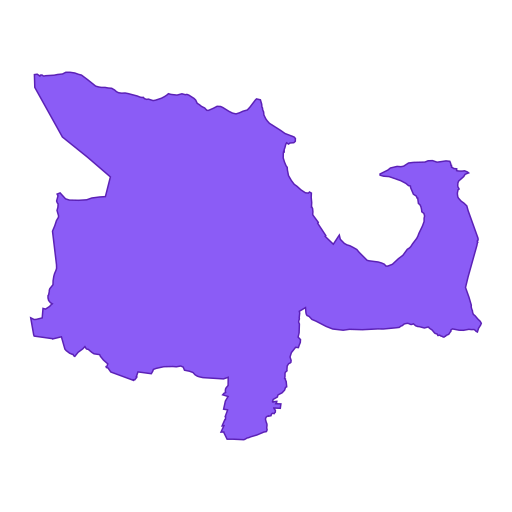 Cojumatlán de Régules, Michoacán, Mexico (Robinson projection)
{"feature_id": "50627088B52611553865920", "entity_name": "Cojumatlán de Régules", "entity_type": "district", "adm_level": 2, "iso_a3": "MEX", "parent_name": "Mexico", "parent_adm1": "Michoacán", "projection": "robinson", "projection_center": [-102.864, 20.109], "detail": "fine", "context": "isolated", "style": "filled", "palette": "violet", "viewbox_px": 512, "rotation_deg": 0, "n_neighbors": 0, "source": "geoboundaries", "source_scale": "gbopen_adm2", "svg_char_len": 5991}
<svg xmlns="http://www.w3.org/2000/svg" viewBox="0 0 512 512"><path d="M34.4,74.6L34.8,87.4L62.4,137.0L87.5,157.2L110.4,176.9L105.4,196.6L99.4,197.0L91.8,198.0L86.7,199.8L78.7,200.3L69.4,200.1L65.5,198.8L60.1,192.9L57.1,194.1L58.0,195.9L56.6,201.0L57.2,202.7L58.1,204.0L57.9,207.3L57.0,210.4L58.5,215.6L58.5,217.2L56.5,220.5L54.8,225.7L52.5,231.2L56.5,264.7L56.6,268.2L56.0,270.3L54.6,273.5L53.8,276.3L53.1,280.7L53.0,284.7L49.8,288.7L49.3,290.2L49.3,291.3L48.9,293.4L48.6,294.8L48.0,295.7L48.0,298.2L48.4,298.9L48.3,299.2L48.6,300.4L50.4,302.7L52.3,303.8L50.4,305.4L49.8,306.3L45.5,309.1L43.0,308.4L42.2,317.9L36.2,319.4L34.1,319.5L30.7,317.8L33.7,334.9L34.2,336.1L52.8,338.7L52.8,338.9L61.4,336.8L64.9,349.1L66.2,350.6L69.6,353.2L72.2,354.3L72.9,354.3L74.0,356.0L74.8,356.4L78.1,352.3L82.7,348.9L84.9,346.6L86.3,348.8L87.1,349.2L88.2,349.3L91.7,352.3L94.0,353.8L99.5,354.6L100.0,355.2L100.3,356.2L103.4,360.0L107.8,363.9L106.5,367.3L106.3,367.2L106.4,367.5L108.0,368.0L110.8,372.0L133.3,380.3L133.3,379.7L134.7,379.9L136.8,377.2L136.8,376.4L136.4,376.4L138.0,371.9L151.3,373.7L152.7,371.3L153.4,369.4L156.1,368.4L163.8,366.7L172.8,366.5L176.4,366.8L180.7,366.0L183.2,367.1L184.5,370.2L189.4,371.2L193.0,372.5L195.1,374.8L197.4,376.2L199.3,376.8L202.8,377.6L223.5,378.9L228.2,377.3L228.1,385.5L226.2,387.7L225.5,389.1L225.3,391.2L225.6,392.5L224.0,393.3L222.7,394.8L228.1,396.5L225.4,401.0L223.6,409.2L227.6,409.8L227.6,410.0L225.2,416.6L225.6,416.8L225.4,419.5L224.8,419.7L222.1,425.9L223.9,425.7L221.0,432.1L223.8,432.0L223.9,432.6L227.1,439.2L233.2,439.2L243.7,439.7L244.7,439.4L247.3,437.9L248.6,437.7L250.7,436.8L256.9,435.0L263.7,432.1L266.3,431.6L266.8,430.8L267.1,429.6L266.7,428.0L267.0,425.2L266.9,424.0L266.1,421.8L265.5,419.4L265.6,418.3L266.2,417.1L267.1,416.4L268.5,415.9L268.6,416.2L271.0,415.7L271.4,414.2L272.3,413.3L274.2,413.6L274.5,412.9L275.3,412.2L275.4,410.4L274.6,409.2L274.0,408.6L273.9,408.0L280.3,408.3L280.9,403.9L275.8,403.7L276.8,401.9L276.8,401.3L273.1,401.8L273.1,402.0L272.7,402.0L272.5,401.8L273.2,399.4L277.4,397.0L277.8,395.3L278.2,394.8L282.1,392.8L284.6,390.1L285.5,387.4L286.7,386.8L286.2,381.6L285.3,379.5L285.4,378.9L284.6,378.4L285.0,376.4L285.0,373.3L285.4,372.2L287.0,370.8L286.9,369.5L287.2,365.9L288.7,363.6L289.8,363.2L290.9,362.3L291.1,360.3L290.0,357.0L291.4,352.6L295.6,347.3L298.4,347.6L299.2,345.1L300.3,342.5L300.5,339.6L298.1,337.1L299.1,332.8L299.4,324.0L298.7,322.3L298.7,321.1L299.4,318.9L299.2,317.8L299.7,313.1L299.3,311.3L305.5,307.6L305.9,312.4L306.2,314.0L307.0,315.5L309.1,316.4L311.9,319.4L315.9,321.1L326.1,326.4L332.7,329.0L343.2,330.2L349.5,329.3L362.3,329.7L378.0,328.9L383.2,329.0L395.8,327.8L399.2,327.4L400.9,326.1L402.3,325.6L404.3,323.9L407.3,323.3L408.9,323.6L410.5,324.4L411.6,324.5L413.4,323.8L415.7,325.8L418.0,326.6L419.2,326.6L424.4,328.0L428.1,327.0L428.7,327.2L429.3,328.1L432.1,330.0L434.5,332.9L435.1,333.4L437.1,334.0L437.9,335.5L439.8,335.2L440.8,336.0L442.3,336.4L443.1,337.0L444.0,337.1L444.9,336.4L445.6,336.2L445.9,335.6L446.6,335.2L448.3,334.5L448.9,334.1L450.0,332.3L450.9,331.3L450.8,330.2L452.4,328.9L459.2,330.2L463.4,330.3L468.9,329.3L471.4,329.6L474.0,329.5L475.6,330.6L476.0,331.3L477.4,332.0L478.6,328.2L480.6,325.1L481.3,323.3L480.2,321.3L477.8,319.0L475.1,315.8L473.3,314.3L472.6,312.3L472.4,310.6L471.8,309.3L471.2,306.9L471.3,305.2L469.0,297.3L465.5,287.5L468.1,276.8L476.9,245.4L477.3,243.1L477.8,242.2L477.3,241.7L477.4,240.7L478.1,240.0L478.0,238.2L468.1,210.6L466.8,205.9L463.9,203.1L461.2,201.2L458.5,198.2L457.8,196.9L457.4,194.1L457.4,192.9L458.0,189.9L459.1,189.0L457.9,186.8L457.7,185.7L457.9,182.9L458.7,181.0L463.7,176.6L465.1,174.3L468.6,172.9L467.5,172.0L464.6,170.8L462.2,171.1L460.0,171.1L457.8,170.9L456.6,170.6L456.7,168.8L453.6,168.5L452.5,167.5L451.6,167.3L451.5,165.4L451.0,165.4L450.6,163.2L449.8,161.3L446.0,160.9L437.1,162.2L432.5,160.6L428.0,160.8L424.9,162.1L413.4,162.4L408.5,163.0L403.6,166.2L400.9,166.7L397.1,166.4L390.4,168.0L387.8,170.1L380.0,174.0L380.1,175.2L383.6,176.2L389.1,176.6L400.8,180.7L405.9,183.4L408.5,185.6L410.4,186.0L410.6,187.6L413.4,194.2L416.3,196.1L417.1,198.1L417.7,198.1L418.4,203.4L420.0,204.8L420.9,206.7L421.5,209.2L421.8,211.8L423.9,213.4L424.6,216.0L424.1,218.2L424.1,221.5L422.5,225.9L418.9,233.4L417.9,236.1L416.7,238.4L412.6,243.8L410.8,246.6L409.5,247.9L407.3,249.3L402.9,255.3L398.5,258.6L392.4,264.3L387.7,266.1L386.0,266.1L384.3,264.2L381.6,263.0L378.2,262.0L369.0,260.8L367.1,260.3L359.1,252.3L356.8,249.5L353.3,247.5L349.8,245.7L347.0,244.9L344.3,243.4L340.3,239.3L339.3,235.1L333.3,244.2L325.2,236.4L325.8,235.6L317.7,223.3L318.3,222.4L313.0,215.2L312.7,214.2L312.9,211.9L312.6,208.6L311.7,206.7L311.5,206.8L311.7,202.6L311.2,197.4L311.4,193.1L309.5,192.0L308.4,193.1L305.4,192.8L301.0,189.9L297.0,186.3L294.2,184.3L291.4,180.6L288.5,175.6L287.4,170.0L287.2,167.3L286.1,165.9L284.5,162.1L283.2,157.9L283.3,153.1L283.6,151.5L284.2,151.8L284.2,149.5L284.9,147.7L285.7,144.5L286.6,142.8L288.5,144.1L290.0,143.0L293.8,142.7L295.3,141.3L295.4,138.5L294.1,137.0L285.0,133.5L280.9,130.6L269.4,123.3L267.1,120.7L265.7,118.7L263.9,115.0L263.6,111.9L262.7,109.9L262.5,108.0L261.9,106.9L261.7,104.2L260.4,99.8L256.5,98.9L255.3,100.1L249.9,107.2L247.3,110.0L243.0,111.2L239.5,112.8L236.0,113.9L232.5,113.1L228.9,111.3L222.8,107.5L220.6,106.5L217.1,106.3L213.3,108.3L208.5,110.4L206.8,110.3L204.7,108.0L201.5,106.4L199.4,104.7L197.2,103.3L195.7,100.1L194.0,98.4L188.8,95.1L186.9,94.4L185.4,94.7L181.9,93.8L177.0,95.1L170.9,94.4L168.4,93.7L166.8,95.1L164.7,96.5L161.5,98.2L155.5,100.2L153.1,100.6L148.4,99.1L146.7,99.4L144.6,98.7L143.2,97.3L142.1,97.5L140.0,97.1L137.3,96.0L128.2,93.6L125.1,93.0L121.7,93.2L118.5,92.7L116.5,91.7L114.6,90.0L111.7,88.3L108.2,88.0L105.0,87.4L101.3,87.4L98.8,87.0L95.6,86.1L87.9,79.9L81.5,75.1L78.4,74.3L74.8,73.0L70.2,72.3L65.8,72.3L62.5,74.0L57.5,74.5L54.2,75.2L45.6,75.7L44.3,76.0L43.4,76.0L42.0,75.0L40.5,75.1L39.9,76.1L37.2,74.2L34.4,74.6Z" fill="#8b5cf6" stroke="#5b21b6" stroke-width="1.5"/></svg>